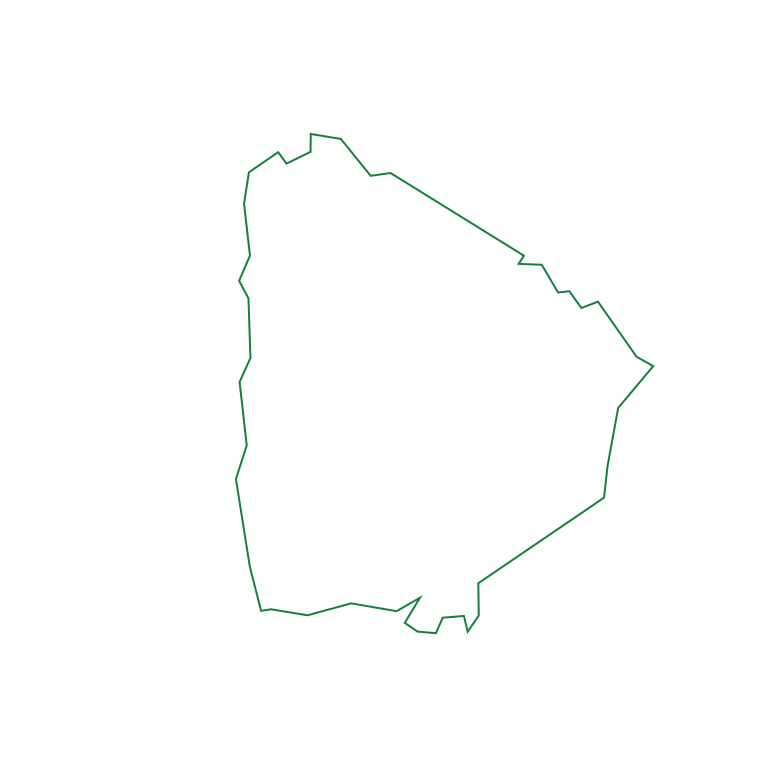 the district of McMinn, Tennessee, United States of America, rotated 325°
{"feature_id": "52423323B39062108095107", "entity_name": "McMinn", "entity_type": "district", "adm_level": 2, "iso_a3": "USA", "parent_name": "United States of America", "parent_adm1": "Tennessee", "projection": "natural_earth1", "projection_center": [-84.621, 35.443], "detail": "fine", "context": "isolated", "style": "outline", "palette": "green", "viewbox_px": 768, "rotation_deg": 325, "n_neighbors": 0, "source": "geoboundaries", "source_scale": "gbopen_adm2", "svg_char_len": 694}
<svg xmlns="http://www.w3.org/2000/svg" viewBox="0 0 768 768"><g transform="rotate(325 384 384)"><path d="M519.8,579.7L562.1,537.9L614.8,523.8L606.5,506.5L606.5,439.3L589.3,434.9L589.0,414.3L579.1,408.9L581.6,376.8L563.2,362.8L572.2,359.2L510.4,215.0L492.5,205.8L489.2,158.5L467.4,137.2L457.0,151.7L430.5,147.5L430.3,133.4L394.8,133.1L372.7,156.1L347.9,201.9L324.5,216.4L322.1,236.1L289.5,286.1L266.9,299.5L236.3,355.6L208.2,376.9L169.3,456.7L153.2,499.3L162.3,503.8L188.7,529.6L231.2,544.8L264.0,577.3L290.9,579.7L264.0,591.6L269.5,606.1L283.6,617.9L298.0,609.1L316.4,619.8L310.5,634.9L328.8,628.0L347.0,601.3L499.1,603.3L519.8,579.7Z" fill="none" stroke="#15803d" stroke-width="2"/></g></svg>